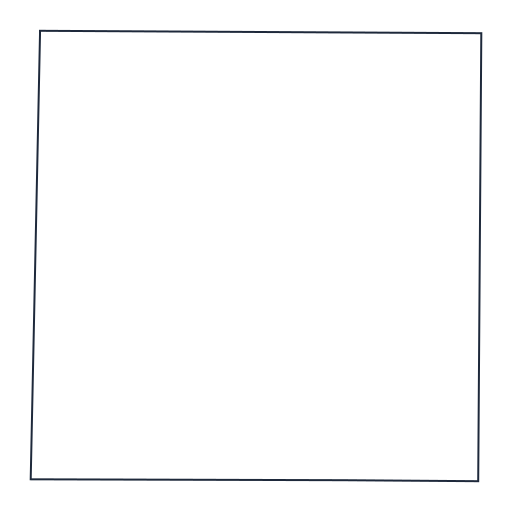 Mitchell, Texas, United States of America (orthographic projection)
{"feature_id": "52423323B74678572937686", "entity_name": "Mitchell", "entity_type": "district", "adm_level": 2, "iso_a3": "USA", "parent_name": "United States of America", "parent_adm1": "Texas", "projection": "orthographic", "projection_center": [-100.906, 32.307], "detail": "fine", "context": "isolated", "style": "outline", "palette": "slate", "viewbox_px": 512, "rotation_deg": 0, "n_neighbors": 0, "source": "geoboundaries", "source_scale": "gbopen_adm2", "svg_char_len": 204}
<svg xmlns="http://www.w3.org/2000/svg" viewBox="0 0 512 512"><path d="M481.3,33.2L40.0,30.8L40.0,34.4L30.7,479.3L343.4,480.2L478.2,481.2L481.3,33.2Z" fill="none" stroke="#1e293b" stroke-width="2"/></svg>